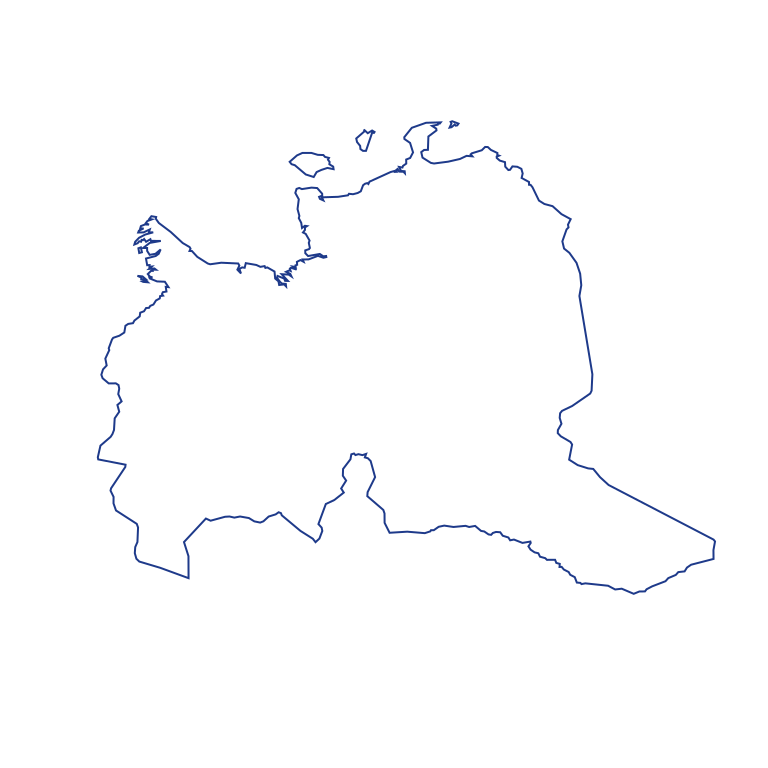 the district of Quissanga, Cabo Delgado, Mozambique, rotated 259°
{"feature_id": "85939544B35031207172791", "entity_name": "Quissanga", "entity_type": "district", "adm_level": 2, "iso_a3": "MOZ", "parent_name": "Mozambique", "parent_adm1": "Cabo Delgado", "projection": "equal_earth", "projection_center": [40.396, -12.576], "detail": "fine", "context": "isolated", "style": "outline", "palette": "blue", "viewbox_px": 768, "rotation_deg": 259, "n_neighbors": 0, "source": "geoboundaries", "source_scale": "gbopen_adm2", "svg_char_len": 6164}
<svg xmlns="http://www.w3.org/2000/svg" viewBox="0 0 768 768"><g transform="rotate(259 384 384)"><path d="M149.4,674.1L158.1,675.7L166.3,678.9L168.4,677.8L242.0,585.2L251.3,578.3L260.7,573.2L262.2,568.3L267.4,558.7L274.4,551.3L288.7,557.1L291.5,556.0L298.9,547.6L302.6,545.2L305.6,545.9L311.1,550.6L317.2,550.0L321.7,551.3L323.7,553.7L326.5,564.5L335.3,584.6L337.8,586.5L353.8,590.4L433.1,592.6L443.3,596.5L454.9,597.6L466.2,596.1L477.4,591.0L482.6,586.6L490.0,586.3L500.9,592.7L502.5,595.0L505.3,595.0L510.2,598.7L516.9,590.6L526.4,583.4L530.1,575.8L534.5,571.1L548.8,567.3L551.5,565.9L551.9,564.4L554.6,564.9L560.0,558.4L564.2,560.3L569.0,559.9L571.8,556.3L573.1,551.6L570.2,548.6L570.3,546.9L574.2,544.5L578.7,545.1L581.2,540.3L584.4,537.8L585.7,538.0L586.2,540.5L587.2,538.9L589.1,539.4L593.4,533.6L596.8,531.1L597.4,528.5L594.8,524.6L593.7,514.2L592.9,512.9L590.6,514.2L592.2,508.6L590.4,501.5L590.0,489.4L590.9,475.2L592.1,472.2L598.9,465.0L604.5,464.8L606.1,468.0L605.5,471.8L618.5,474.8L622.9,483.9L624.7,484.0L628.2,480.4L628.3,486.3L629.5,486.9L629.0,488.4L630.0,489.6L632.4,475.1L630.2,460.2L622.4,451.0L620.6,450.8L615.7,455.6L605.8,456.7L600.9,452.8L600.1,448.6L596.1,447.9L594.5,444.3L593.0,443.4L594.2,440.2L589.9,441.4L588.9,444.9L586.9,444.7L588.6,443.6L589.6,439.4L592.5,438.3L591.6,436.7L589.9,437.0L590.2,434.8L591.1,434.7L590.8,430.9L585.4,408.4L583.3,406.8L584.4,405.9L584.2,403.6L583.1,401.4L577.6,398.0L576.5,394.6L576.2,389.8L577.4,385.9L576.1,384.7L576.5,374.7L579.1,358.6L575.8,359.5L578.0,356.4L580.1,356.0L580.7,359.3L582.6,359.6L589.1,355.8L590.6,350.3L591.0,340.6L592.6,338.2L592.2,335.4L588.5,333.4L581.6,335.6L572.2,332.5L565.1,333.0L563.1,332.0L558.0,333.5L552.8,333.3L554.4,336.5L553.7,338.5L552.8,336.3L550.3,335.8L548.2,333.4L546.3,335.8L539.0,338.3L536.9,337.1L531.7,337.2L530.7,336.1L530.2,332.2L527.4,331.7L524.1,333.9L523.9,345.8L520.9,348.8L520.7,351.6L519.6,351.6L519.5,348.6L522.4,343.6L520.7,333.6L521.8,327.9L519.3,328.4L521.6,325.6L520.5,321.8L517.6,321.5L517.3,319.7L515.7,319.6L516.6,317.1L513.0,320.0L515.9,314.8L515.2,313.6L512.8,313.9L513.6,312.7L512.8,309.3L510.0,313.0L507.2,313.7L509.6,311.3L511.3,304.5L503.5,309.4L504.1,306.6L506.6,306.1L510.4,300.1L508.7,299.2L504.0,301.5L502.1,302.9L501.0,306.7L498.5,306.5L500.8,305.0L501.2,300.0L504.9,300.0L508.3,297.3L515.3,298.0L520.7,291.7L520.6,289.7L522.5,289.3L522.6,285.0L525.2,281.4L529.0,271.4L524.7,269.4L525.5,267.0L524.6,264.0L519.8,264.7L524.2,261.9L527.8,264.6L530.1,263.9L534.1,247.4L534.7,236.2L535.9,234.0L544.4,225.0L551.2,220.8L551.7,218.5L553.8,219.9L555.5,219.3L560.8,213.3L574.0,203.6L585.0,193.7L589.8,191.5L591.4,192.2L593.1,187.7L590.9,185.2L589.9,187.5L589.1,182.8L587.4,180.9L585.3,183.7L586.2,179.9L585.4,175.5L583.1,174.3L582.6,177.7L581.2,172.6L579.6,171.6L578.7,176.9L580.4,183.6L577.7,182.1L576.9,186.4L576.3,178.3L574.3,171.5L571.1,166.9L568.6,165.6L569.2,169.0L570.8,170.9L570.0,172.7L571.7,173.6L571.2,174.9L572.1,176.2L569.0,177.6L570.7,182.3L569.0,182.5L567.0,192.2L567.2,181.0L563.5,173.5L562.7,177.4L559.8,176.9L555.5,178.6L555.4,184.5L558.7,190.4L554.8,187.7L553.2,184.3L552.6,174.3L545.8,174.2L545.5,176.6L543.8,176.1L543.6,178.5L541.8,175.4L541.2,180.7L539.7,182.0L540.5,178.4L539.2,178.5L539.5,176.9L537.0,173.1L534.1,174.7L532.8,177.1L533.4,174.0L532.3,174.2L528.0,180.8L526.2,188.4L520.2,190.9L521.0,188.3L516.3,188.1L516.3,184.4L514.6,183.2L512.9,184.0L513.0,181.0L510.8,180.2L509.5,176.1L506.0,172.8L505.3,169.5L503.6,167.8L504.0,165.0L501.2,162.3L500.5,158.3L497.0,157.1L493.9,151.1L491.6,149.2L491.8,144.4L490.5,141.3L484.1,138.9L481.9,133.5L481.0,127.0L479.6,125.5L471.6,120.6L469.7,120.8L462.1,115.3L455.1,115.3L452.0,111.0L447.0,108.3L443.3,108.9L437.1,113.9L435.8,120.9L433.6,123.2L429.9,123.2L424.8,121.2L417.0,123.1L414.3,118.3L407.3,118.8L401.7,113.1L390.4,110.2L386.7,107.9L384.3,105.6L377.6,93.9L366.7,89.1L364.5,89.1L354.1,114.9L351.9,114.2L333.7,96.2L331.5,95.2L324.8,97.0L318.4,95.7L311.0,96.8L293.9,114.6L290.1,115.2L275.9,111.8L271.4,108.7L265.5,107.1L259.7,107.6L256.4,109.9L246.3,129.2L230.7,155.1L252.3,159.2L267.0,157.5L285.9,183.5L282.9,187.7L284.0,202.6L283.4,207.1L281.4,211.6L281.4,217.4L278.2,225.8L273.9,230.5L271.6,236.0L272.2,239.4L275.9,245.5L276.7,252.8L278.2,256.1L276.9,258.2L274.6,258.6L255.7,274.0L245.7,284.6L241.8,286.6L244.6,291.1L251.5,295.4L254.9,295.4L259.0,292.9L277.3,304.0L279.6,313.1L285.1,323.8L289.6,322.0L296.4,328.4L301.8,326.1L308.4,327.6L316.5,336.7L321.2,338.5L321.5,341.3L319.7,342.4L320.0,345.5L318.3,349.3L318.8,353.1L315.6,351.2L314.2,354.0L310.9,356.2L294.3,357.5L281.0,347.3L277.1,346.2L260.5,359.3L256.8,359.8L247.6,358.1L236.9,361.1L234.6,378.6L229.8,395.6L230.5,401.3L231.5,402.2L231.0,405.0L233.4,410.4L233.5,416.1L230.4,424.9L229.2,437.0L227.4,440.3L227.3,446.4L221.3,451.2L220.1,454.3L216.4,457.9L215.5,460.4L217.0,462.4L217.4,465.7L216.3,469.8L212.4,471.6L209.6,476.8L206.5,478.0L206.5,481.9L201.6,489.6L201.4,497.6L200.0,497.7L197.1,494.8L193.4,496.3L190.0,499.7L188.4,503.2L184.7,504.2L182.3,509.0L180.3,510.4L178.8,518.4L175.5,519.0L173.9,522.2L170.9,521.4L170.6,523.5L167.6,525.1L164.2,529.4L161.2,530.4L158.0,534.4L152.3,535.4L151.3,538.8L149.9,539.7L149.9,543.6L143.2,565.5L138.2,571.7L137.7,578.3L130.4,589.1L131.6,595.1L130.6,600.6L132.4,602.6L134.2,608.6L136.7,622.7L139.2,626.0L140.9,634.0L143.2,637.0L142.7,643.3L146.0,646.4L148.0,651.0L149.4,674.1ZM620.3,368.2L621.6,362.7L624.7,356.8L626.4,348.0L625.0,342.2L620.1,333.8L617.4,335.2L615.8,338.2L604.6,347.2L600.6,354.5L604.9,358.3L606.1,363.4L606.9,369.7L604.5,375.5L607.1,375.6L610.1,372.3L612.4,373.0L614.9,371.8L616.4,373.1L618.2,369.4L620.3,368.2ZM630.3,403.6L626.7,403.7L622.3,406.0L619.1,405.7L616.9,407.8L616.3,410.8L633.1,420.4L632.4,422.0L633.2,422.8L635.1,420.7L633.3,415.9L637.6,412.8L635.8,413.1L630.3,403.6ZM626.8,499.9L623.2,497.3L623.2,499.3L625.2,502.9L623.9,503.7L623.9,505.3L625.4,506.8L628.9,501.1L628.6,499.4L626.8,499.9ZM564.1,168.8L559.3,168.7L559.5,171.5L564.5,171.4L564.1,168.8ZM535.7,167.5L537.2,162.6L534.8,166.1L533.2,165.7L532.2,170.2L535.7,167.5ZM528.9,171.6L531.0,170.1L530.8,166.3L530.2,167.1L528.9,171.6Z" fill="none" stroke="#1e3a8a" stroke-width="2"/></g></svg>